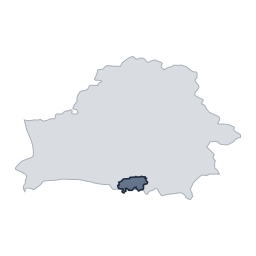 location of Lyelchytsy, Gomel, Belarus
{"feature_id": "67162791B62905803070856", "entity_name": "Lyelchytsy", "entity_type": "district", "adm_level": 2, "iso_a3": "BLR", "parent_name": "Belarus", "parent_adm1": "Gomel", "projection": "equal_earth", "projection_center": [28.18, 51.753], "detail": "fine", "context": "in_parent", "style": "filled", "palette": "slate", "viewbox_px": 256, "rotation_deg": 0, "n_neighbors": 0, "source": "geoboundaries", "source_scale": "gbopen_adm2", "svg_char_len": 6880}
<svg xmlns="http://www.w3.org/2000/svg" viewBox="0 0 256 256"><path d="M219.3,174.2L214.8,174.0L209.4,174.1L206.4,175.7L203.1,174.9L200.7,175.8L195.5,180.4L193.4,182.8L191.5,186.6L190.3,189.4L191.0,191.3L192.0,193.1L192.3,195.1L192.8,196.6L191.5,197.8L190.7,199.4L188.5,199.1L185.7,197.5L185.0,195.3L182.9,193.7L181.5,192.9L179.1,192.8L175.5,193.5L170.6,194.1L167.0,194.2L165.0,195.0L162.0,195.8L160.9,194.9L159.2,192.4L157.9,189.8L156.9,188.7L156.1,188.4L155.2,188.5L154.0,189.3L153.2,190.1L150.1,191.0L148.8,191.9L147.3,194.3L146.3,194.1L145.3,193.6L144.1,191.0L142.5,190.4L140.0,190.3L136.8,189.8L134.2,189.0L133.3,189.2L131.8,190.3L130.1,190.5L126.5,189.5L125.8,189.9L123.7,192.8L122.7,192.9L122.1,192.6L122.4,190.1L120.3,189.2L116.8,189.1L114.3,189.4L113.0,189.3L112.4,188.8L109.4,184.7L107.8,184.4L104.9,184.6L100.6,184.1L95.7,183.2L93.0,182.8L91.6,181.9L88.6,181.6L80.5,179.8L77.1,179.5L72.2,179.5L64.8,179.1L60.0,179.3L57.8,179.9L55.2,180.2L46.4,180.7L43.2,181.2L42.3,182.1L41.2,184.0L37.4,187.3L33.8,189.5L33.2,189.7L31.1,188.5L29.4,188.1L27.4,188.0L25.9,188.4L25.0,188.9L25.1,191.5L24.9,191.7L23.4,188.7L23.6,185.9L24.5,184.4L25.6,182.9L25.2,180.8L26.4,178.0L26.5,176.0L26.0,175.1L25.2,174.1L23.0,173.0L22.0,172.1L18.9,171.0L15.8,169.5L15.4,168.6L15.5,168.0L16.1,167.1L18.5,164.4L21.2,161.8L22.8,160.7L31.6,157.4L33.0,156.2L33.4,154.2L33.3,150.3L32.9,146.6L32.3,144.1L30.8,139.5L26.7,129.8L24.3,119.9L26.0,120.4L30.1,120.7L33.4,120.0L35.1,119.9L36.5,120.1L40.8,119.5L41.9,120.4L43.8,121.2L47.5,120.1L50.9,118.7L54.4,118.8L54.9,118.2L55.8,114.6L56.8,113.9L61.0,114.2L62.5,113.6L64.1,111.9L66.6,110.8L68.6,110.8L70.7,109.6L71.8,110.4L72.2,111.8L71.5,113.0L71.8,113.5L73.3,114.0L75.8,114.0L77.4,113.5L77.8,112.9L77.8,111.7L77.4,110.6L76.4,109.6L74.4,109.1L73.0,109.1L72.8,108.5L73.3,107.1L74.5,104.7L76.1,102.6L77.0,101.7L77.2,101.0L77.0,99.7L77.0,97.3L78.5,94.0L80.3,91.5L82.8,90.7L85.8,90.3L87.7,89.1L88.6,87.8L89.5,85.6L90.4,85.2L97.6,85.5L98.7,83.3L99.3,82.8L100.7,82.1L101.7,81.4L101.3,80.8L99.5,80.4L95.2,80.1L94.4,79.4L94.6,78.6L95.8,76.4L96.9,73.6L97.5,71.4L97.6,70.2L98.2,69.8L101.7,69.4L102.9,69.0L105.9,66.0L108.2,65.5L114.1,66.3L116.8,66.2L120.3,66.4L120.6,66.1L121.8,63.2L127.6,58.6L130.7,57.0L132.7,56.6L133.4,56.7L136.5,59.2L137.3,59.3L139.3,58.2L142.9,58.2L144.6,59.0L147.0,62.0L148.3,62.4L151.8,60.7L153.7,60.1L155.0,60.1L161.6,62.5L162.1,63.2L162.1,64.1L161.1,66.8L162.5,68.5L164.1,69.7L167.5,67.8L168.8,67.3L170.1,67.2L171.9,66.5L173.3,65.5L174.5,65.1L177.0,65.4L181.4,65.1L186.5,66.8L186.9,67.3L189.5,69.2L190.5,70.2L191.3,70.5L192.7,71.4L194.5,72.0L195.8,71.9L196.4,72.2L197.0,72.9L197.1,74.2L196.9,77.8L195.1,79.7L194.9,80.4L195.0,81.2L196.5,82.8L198.4,85.3L198.9,86.7L198.9,87.7L196.4,90.9L195.6,91.6L195.0,93.2L194.7,94.8L194.9,95.4L199.3,97.9L202.5,99.3L203.2,100.0L203.3,100.4L201.7,103.1L201.5,103.8L204.1,105.0L205.6,106.7L206.9,109.6L209.4,112.4L218.5,116.5L219.4,117.2L219.7,118.1L219.4,120.0L217.8,123.6L219.4,124.2L223.4,124.0L228.3,124.5L234.2,127.1L234.3,128.2L233.7,129.3L234.2,130.4L234.8,131.3L240.0,134.2L240.5,135.1L240.6,136.5L240.5,137.5L239.1,137.7L237.6,138.2L235.1,139.5L234.1,141.2L230.0,143.7L227.5,144.8L225.5,144.8L220.6,144.3L218.9,143.1L218.1,142.0L216.3,141.5L213.8,141.5L210.4,141.7L209.7,142.0L209.2,143.3L207.8,145.6L206.7,147.0L211.2,151.5L213.4,153.4L214.1,154.6L214.1,155.4L213.1,156.4L213.3,158.3L215.5,160.9L214.8,161.3L214.6,164.5L214.7,167.9L215.3,168.7L216.5,169.4L217.5,170.6L219.2,173.4L219.3,174.2Z" fill="#d9dde1" stroke="#a8b0b8" stroke-width="1"/><path d="M142.3,189.7L142.7,189.5L142.8,189.4L143.0,189.4L143.2,189.1L143.3,189.0L143.3,188.9L143.4,188.6L143.5,188.4L143.6,188.1L143.6,187.9L143.6,187.7L143.5,187.4L143.4,187.1L143.5,186.7L143.6,186.3L143.6,186.2L143.5,185.9L143.3,185.8L143.2,185.6L143.3,185.3L143.4,185.1L143.6,184.9L143.8,184.8L144.1,184.7L144.3,184.5L144.3,184.4L144.2,184.2L144.3,184.1L144.6,184.1L144.9,184.2L145.0,184.1L145.3,184.0L145.6,184.1L146.0,184.1L146.4,184.0L146.6,183.9L146.8,183.6L147.1,183.6L147.2,183.4L147.3,183.2L147.3,182.8L147.3,182.6L147.4,182.4L147.5,182.3L147.6,182.2L147.5,181.8L147.4,181.7L147.1,181.6L146.9,181.4L146.7,181.3L146.5,181.1L146.4,181.0L146.4,180.8L146.3,180.6L146.1,180.5L146.0,180.4L146.0,180.2L146.0,179.7L146.0,179.3L146.0,178.9L146.1,178.5L146.4,178.4L146.5,178.3L146.2,178.1L145.8,178.0L145.5,178.1L145.4,178.2L145.2,178.3L145.0,178.2L145.1,177.7L145.1,176.8L144.7,176.8L144.3,176.8L144.0,176.8L143.5,176.8L143.0,176.7L142.5,176.7L142.2,176.7L141.9,176.7L141.8,176.4L141.6,176.3L141.3,176.3L141.2,176.4L141.1,176.6L140.7,176.7L140.3,176.8L139.9,176.9L139.7,176.9L139.3,176.9L138.9,176.9L138.6,177.0L138.3,177.0L138.1,177.1L137.7,177.2L137.4,177.1L137.0,176.9L136.8,176.9L136.6,176.9L136.4,176.9L136.2,176.9L136.2,176.7L135.9,176.5L135.7,176.7L135.4,176.7L135.2,176.8L135.0,177.0L134.9,177.1L134.7,177.2L134.5,177.3L134.3,177.2L133.9,177.1L133.6,177.1L133.3,177.1L132.9,177.1L132.6,177.1L132.4,177.2L132.2,177.3L131.8,177.3L131.5,177.3L131.1,177.3L130.9,177.2L130.3,177.3L129.9,177.5L129.6,177.8L129.6,178.1L129.6,178.4L129.5,178.6L129.3,178.6L129.0,178.7L128.7,178.7L128.3,178.7L127.6,178.7L126.8,178.7L126.2,178.8L125.2,178.8L124.5,178.9L124.0,178.9L123.8,179.0L123.5,179.1L123.2,179.2L123.2,179.4L123.1,179.6L122.8,179.8L122.5,179.9L122.3,180.0L122.0,180.2L121.8,180.4L121.8,180.7L121.8,181.0L121.5,181.1L121.0,181.4L120.4,181.6L120.0,181.8L119.5,182.0L118.8,182.2L119.0,182.4L119.3,182.7L119.2,183.2L119.1,183.5L118.9,183.9L119.1,184.2L119.3,184.6L119.1,184.9L118.8,185.2L118.3,185.2L118.0,185.2L117.7,185.4L117.6,185.9L118.0,186.6L118.1,187.3L118.4,187.7L118.4,188.1L118.6,188.4L119.3,188.4L119.5,188.5L119.9,188.8L120.5,188.9L121.1,189.0L121.3,189.0L121.7,188.8L122.0,188.8L122.4,189.0L122.6,189.0L122.8,189.0L123.0,189.1L123.2,189.3L123.4,189.6L123.4,189.9L123.3,190.2L123.1,190.5L122.7,190.7L122.3,191.0L122.0,191.2L122.0,191.4L122.3,191.9L122.4,192.2L122.8,192.3L123.1,192.5L123.6,192.8L123.9,193.0L124.1,192.8L124.2,192.5L124.4,192.3L124.5,192.1L124.8,191.8L124.8,191.7L125.1,191.3L125.4,191.3L125.8,191.2L126.0,191.1L126.0,190.9L125.8,190.7L125.6,190.4L125.6,190.2L125.5,189.9L125.6,189.6L125.8,189.5L125.9,189.3L125.9,189.2L125.5,188.7L125.8,188.4L126.2,188.3L126.7,188.4L127.1,188.5L127.5,188.6L127.7,188.8L127.9,189.0L128.0,189.2L128.1,189.3L128.1,189.5L128.2,189.8L128.3,189.9L128.6,189.8L128.9,189.8L128.9,190.0L128.7,190.3L128.8,190.4L129.5,190.4L130.0,190.4L130.7,190.3L131.4,190.4L132.0,190.2L132.4,190.1L132.5,189.7L132.6,189.4L133.0,189.2L133.5,188.9L133.8,188.8L133.9,188.4L133.9,188.0L135.1,187.4L136.1,187.1L136.1,187.4L136.1,187.9L136.0,188.2L136.1,188.6L136.7,188.7L137.2,189.1L137.3,189.4L137.7,189.9L138.1,190.2L138.4,190.4L138.4,190.7L138.4,190.9L138.5,191.0L138.9,190.9L139.5,190.6L140.2,190.2L140.6,189.8L141.0,189.5L141.7,189.5L142.2,189.6L142.3,189.7Z" fill="#64748b" stroke="#1e293b" stroke-width="1.5"/></svg>